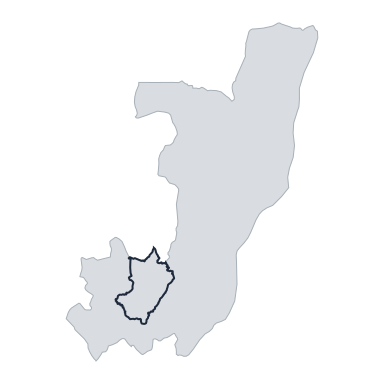 Lékoumou highlighted on a map of Republic of the Congo
{"feature_id": "COG-3344", "entity_name": "Lékoumou", "entity_type": "Region", "adm_level": 1, "iso_a3": "COG", "parent_name": "Republic of the Congo", "parent_adm1": "", "projection": "natural_earth1", "projection_center": [13.496, -3.075], "detail": "fine", "context": "in_parent", "style": "outline", "palette": "slate", "viewbox_px": 384, "rotation_deg": 0, "n_neighbors": 0, "source": "natural_earth", "source_scale": "10m", "svg_char_len": 9172}
<svg xmlns="http://www.w3.org/2000/svg" viewBox="0 0 384 384"><path d="M66.2,318.7L68.2,312.7L69.7,309.9L71.5,308.0L78.7,303.3L79.8,303.4L84.8,309.5L86.4,310.0L88.2,309.9L90.3,310.1L91.4,308.9L91.5,307.3L90.0,305.6L89.8,303.7L90.8,301.6L91.4,299.4L93.0,296.7L93.2,295.4L91.5,294.0L88.1,291.9L85.8,289.9L84.9,288.0L85.6,285.5L87.4,283.5L87.3,282.4L85.7,280.6L84.5,278.6L83.3,277.4L79.9,276.7L80.5,274.1L81.8,270.2L82.1,267.3L81.1,259.6L81.2,258.2L82.1,257.5L84.1,258.3L86.2,259.5L91.8,257.8L93.7,257.6L95.3,259.0L97.5,260.2L110.4,257.0L110.6,253.7L111.4,250.7L111.4,248.5L110.9,247.1L110.3,246.0L109.9,243.8L109.9,241.4L111.1,240.3L115.2,237.4L116.5,237.5L119.3,239.1L122.0,241.5L124.4,246.6L126.1,251.0L128.7,256.3L134.3,258.5L141.0,259.9L144.6,259.5L149.8,255.0L152.7,251.4L153.6,249.5L155.3,250.5L157.2,255.2L158.5,257.0L158.8,258.7L157.9,260.9L158.8,262.2L162.4,263.2L165.5,262.3L166.9,260.4L169.3,257.9L169.3,255.8L168.0,254.5L168.0,252.6L169.3,251.1L170.6,247.1L171.0,244.2L172.3,242.3L174.6,241.0L175.5,239.9L176.8,232.9L176.1,230.4L176.1,228.3L177.6,225.7L177.9,221.3L176.4,204.2L178.7,190.4L178.5,188.7L176.8,186.6L174.8,184.6L169.5,183.0L167.6,180.5L166.0,177.8L164.9,176.9L159.1,175.8L157.9,174.3L158.4,169.9L158.9,163.5L158.7,159.0L159.7,155.4L160.9,152.6L163.4,149.8L164.8,146.4L165.5,145.5L170.3,145.0L172.1,143.6L173.5,142.1L174.0,140.2L175.7,137.0L177.2,134.8L177.3,133.4L177.0,131.3L175.6,127.3L173.8,124.0L172.8,122.8L170.6,115.0L168.6,113.1L164.8,112.1L157.6,111.2L153.2,112.7L146.6,115.3L138.2,118.1L136.2,117.9L135.4,116.7L136.6,115.6L137.3,113.3L136.5,109.8L135.2,106.7L134.4,102.3L134.8,96.9L136.0,91.7L138.7,85.1L138.8,82.4L154.9,82.5L172.2,82.4L178.8,82.6L182.0,80.9L185.0,83.5L186.5,84.1L187.0,83.9L188.2,85.7L192.0,85.5L192.6,85.9L192.9,88.2L196.4,88.1L198.1,88.6L199.5,88.6L201.5,87.3L203.0,87.7L205.7,89.4L207.6,90.8L210.2,90.3L216.3,90.6L221.1,91.9L225.8,95.8L228.9,98.0L231.8,101.2L232.8,100.6L234.3,99.4L234.3,96.6L232.7,91.8L232.1,87.8L232.5,84.5L233.7,82.1L235.7,80.7L235.9,78.1L245.5,56.3L245.2,53.8L245.4,50.0L245.9,45.8L245.8,43.3L246.4,41.6L248.9,31.8L250.2,30.1L252.3,29.0L255.4,28.9L263.4,28.1L270.9,26.5L273.3,25.8L278.0,23.1L279.8,23.0L281.4,24.0L290.4,27.0L292.9,28.2L293.8,28.1L295.2,28.3L297.3,28.3L299.3,28.0L300.6,28.3L302.3,30.3L303.4,30.1L304.9,28.7L307.6,27.2L312.8,25.5L313.7,26.3L315.5,29.9L317.4,31.2L317.8,37.9L313.4,52.7L304.1,72.5L299.4,88.1L299.4,99.6L298.9,106.7L297.4,111.1L293.7,122.9L293.1,133.1L294.5,145.5L293.2,157.3L289.4,168.4L287.7,177.2L288.7,187.7L281.6,196.5L272.8,205.3L267.0,207.8L262.5,210.7L259.3,214.1L256.0,219.9L250.7,232.4L247.9,237.9L244.3,242.6L239.0,248.4L237.0,251.1L236.2,255.0L236.5,262.2L237.0,284.2L234.7,301.1L229.4,312.8L225.4,319.4L221.5,321.3L216.3,323.1L213.8,325.3L212.3,328.6L209.4,331.4L205.1,333.9L199.7,339.8L193.2,349.3L188.7,354.8L186.3,356.2L183.8,356.3L181.3,355.2L179.1,355.0L178.0,355.5L176.3,354.2L176.4,352.0L176.1,348.4L174.8,344.7L177.7,339.4L177.4,338.2L176.1,336.3L174.6,333.5L173.2,333.7L170.2,335.8L167.1,337.5L164.1,338.1L160.6,340.8L158.6,340.8L157.5,339.8L155.1,338.8L153.8,339.1L153.1,339.6L152.5,346.0L152.0,348.7L151.1,350.0L147.5,351.3L145.0,353.2L142.9,354.5L141.6,354.2L136.4,349.4L133.6,345.4L131.9,345.3L131.4,346.6L130.6,346.0L128.0,343.4L125.0,339.2L123.9,338.6L122.2,338.6L119.6,340.2L117.0,342.6L112.2,344.8L108.3,346.0L108.0,347.5L107.0,350.1L105.7,351.7L102.3,352.2L101.0,354.5L98.0,358.9L96.0,361.0L95.5,360.1L94.3,359.0L91.8,355.6L89.4,351.3L88.7,349.3L88.1,348.2L87.9,343.9L84.3,338.8L75.0,329.7L74.1,327.0L66.2,318.7Z" fill="#d9dde1" stroke="#a8b0b8" stroke-width="1"/><path d="M153.9,247.9L154.0,248.0L154.4,248.3L154.9,248.8L155.3,249.5L155.6,250.3L155.9,251.9L156.6,253.7L157.0,254.5L157.7,255.2L157.9,255.6L158.0,256.6L158.3,256.9L158.6,257.1L159.0,257.4L159.4,258.1L159.3,258.4L158.9,258.7L158.4,259.8L157.7,260.3L157.4,260.6L157.4,262.1L157.4,262.3L157.9,262.8L158.7,263.1L159.5,263.2L160.2,263.0L160.8,262.6L161.1,262.4L161.5,262.4L161.8,262.7L161.9,263.4L162.1,263.6L162.3,263.6L163.9,263.1L164.1,263.0L164.4,263.1L165.0,263.4L165.3,263.6L165.6,263.5L165.8,263.2L165.9,262.7L166.3,263.3L166.6,264.4L167.6,265.4L167.7,265.7L167.7,265.9L167.6,266.1L167.4,266.3L166.9,266.4L166.7,266.6L166.8,266.9L167.0,267.1L167.5,267.5L167.9,267.7L168.1,267.5L168.3,267.4L168.5,267.3L168.9,267.6L168.9,267.9L168.8,268.2L168.6,268.4L168.1,268.8L167.7,269.2L167.2,269.6L167.1,269.9L167.2,270.1L167.3,270.4L167.5,270.6L167.8,270.7L168.3,270.7L168.6,270.7L168.9,270.9L169.2,271.1L169.5,271.2L169.8,271.2L170.4,270.8L170.6,270.7L170.9,270.8L171.2,271.0L171.5,271.1L171.8,271.1L172.1,271.1L172.6,271.2L172.7,271.4L172.7,271.7L172.6,272.0L172.2,273.0L172.1,273.3L172.0,273.7L172.2,273.9L172.3,273.8L172.6,273.4L172.8,273.4L172.8,273.6L172.9,274.2L174.0,277.7L174.1,278.2L174.0,278.6L173.8,278.8L173.6,279.0L173.1,279.3L172.9,279.5L172.7,279.7L172.6,280.0L172.6,280.4L172.5,280.6L172.4,280.8L171.9,281.3L171.7,281.5L171.5,281.8L171.3,282.3L168.9,284.0L168.2,284.6L168.1,284.8L168.0,285.1L167.5,287.4L167.0,288.7L166.9,289.1L166.8,289.7L166.8,290.0L166.7,290.2L166.4,290.5L166.0,291.5L165.8,291.7L165.7,291.9L165.5,292.1L165.4,292.2L165.4,292.3L165.5,292.5L165.4,292.8L164.9,293.1L164.6,293.3L164.4,293.5L164.1,294.3L164.0,294.5L163.5,294.8L163.3,295.0L163.2,295.3L163.0,295.8L162.8,296.0L161.6,297.6L161.3,297.8L160.7,298.2L160.0,299.0L159.9,299.2L159.9,299.3L159.9,299.5L159.9,299.9L159.6,300.4L159.4,300.9L159.1,301.7L158.8,302.0L158.5,302.4L158.4,302.5L158.4,303.1L158.4,303.4L158.3,303.6L157.9,304.0L156.6,305.9L156.0,306.4L155.8,306.5L155.5,306.6L155.3,306.8L155.2,307.0L155.0,307.3L155.0,307.6L155.1,308.0L155.1,308.3L154.9,308.8L154.8,309.0L154.7,309.1L154.3,309.3L154.0,309.5L153.5,309.9L153.3,310.1L153.1,310.4L153.1,310.7L153.1,311.2L153.1,311.5L152.9,311.6L152.6,311.6L152.3,311.7L152.1,311.6L151.6,311.5L151.3,311.4L151.1,311.5L150.8,311.6L150.7,311.7L150.7,312.1L150.6,312.3L150.0,312.7L149.8,312.8L149.6,312.8L149.4,312.8L149.3,312.7L149.0,312.6L148.8,312.6L148.3,312.7L148.2,312.8L148.1,313.0L148.1,313.7L148.2,313.9L148.3,314.0L148.5,314.0L148.8,314.0L148.7,314.6L148.7,314.8L148.9,314.9L149.1,315.0L149.1,315.4L148.8,315.9L148.5,316.2L148.2,316.6L148.1,316.9L148.1,317.1L148.1,317.5L148.0,317.8L147.8,318.3L146.9,319.3L146.6,319.7L146.5,320.1L146.5,320.4L146.5,321.0L146.5,321.3L146.2,322.7L146.0,323.0L145.9,323.3L145.7,323.4L145.3,323.6L144.8,323.8L144.2,323.9L143.9,323.9L142.8,323.7L142.3,323.6L142.0,323.6L141.8,323.4L141.6,323.2L141.4,322.9L140.9,321.1L140.8,320.8L140.9,320.5L141.0,320.2L141.0,319.9L140.9,319.6L140.8,319.3L140.6,319.1L140.4,319.0L140.2,319.2L139.3,319.0L138.5,319.2L138.2,319.2L137.9,319.0L137.2,318.5L136.8,318.4L136.3,318.5L134.8,319.1L134.4,319.2L133.6,318.9L133.3,318.8L133.1,318.8L131.3,319.0L130.7,319.1L130.3,319.1L130.0,319.1L129.8,318.9L129.6,318.7L129.5,318.4L129.3,318.2L129.2,318.1L128.9,318.0L128.7,317.8L128.6,317.6L128.5,317.3L128.2,317.1L127.4,316.8L127.1,316.6L126.7,316.3L125.6,315.4L125.3,314.6L125.3,313.1L124.9,312.9L124.8,312.7L124.9,312.4L125.1,312.2L125.3,311.5L124.9,311.3L124.6,311.0L124.1,309.2L123.9,308.9L123.7,308.6L123.6,308.4L123.5,307.9L123.5,307.7L123.3,307.7L122.9,307.6L122.7,307.5L122.7,306.9L122.7,306.4L122.6,306.1L122.1,305.9L122.5,305.6L122.1,304.9L121.6,304.7L120.2,304.8L119.5,304.4L119.7,303.4L118.9,303.2L118.6,303.3L118.0,303.7L117.6,303.8L117.5,303.6L117.4,302.3L117.3,302.1L117.0,302.1L116.7,302.1L116.5,301.8L116.5,301.3L116.4,301.0L116.2,300.9L115.8,300.8L115.8,300.6L116.0,300.1L115.6,299.6L115.7,299.2L115.8,299.1L116.1,298.9L116.9,298.9L117.0,298.8L117.2,298.7L117.3,298.6L117.6,297.9L117.9,296.2L118.0,295.9L118.2,295.7L118.3,295.6L118.8,295.3L119.3,294.9L119.5,294.8L119.7,294.7L119.9,294.7L120.4,294.7L121.4,294.8L121.6,294.8L121.8,294.8L122.0,294.7L122.5,294.4L123.0,294.3L123.4,294.3L123.6,294.4L124.0,294.7L124.1,294.8L124.4,294.7L124.7,294.6L125.1,294.2L125.4,294.1L125.6,294.1L125.8,294.4L126.0,294.5L126.3,294.3L126.4,294.1L126.4,293.0L126.4,292.8L126.5,292.7L127.2,292.9L127.4,292.9L127.7,292.8L128.5,292.5L128.7,292.4L128.9,292.4L129.5,292.1L129.8,291.6L130.1,291.3L131.0,290.8L132.2,289.4L132.5,288.9L132.6,288.5L132.5,286.2L132.9,284.4L133.3,283.1L133.3,282.9L133.3,282.6L133.2,282.3L133.0,282.0L132.8,281.7L131.3,280.2L131.0,280.1L130.5,280.1L129.8,279.9L129.6,279.7L129.4,279.2L129.3,278.6L129.0,278.1L128.9,277.9L128.9,277.6L129.0,277.4L129.7,277.1L129.9,276.9L130.4,276.4L130.6,276.3L131.1,276.2L131.4,276.1L131.5,275.8L131.5,275.6L130.8,273.7L130.6,273.1L130.2,267.6L130.4,260.9L130.7,259.2L130.7,258.8L130.6,258.5L130.4,258.4L130.1,258.4L129.9,258.5L129.6,258.7L129.4,258.7L129.2,258.7L129.0,258.4L128.8,258.1L129.4,257.4L129.8,257.3L130.6,257.5L132.8,258.6L133.5,258.8L133.9,258.7L134.5,258.3L134.9,258.2L135.2,258.3L141.1,260.8L141.7,260.9L142.3,260.7L143.1,260.9L143.7,260.7L143.9,260.8L144.2,261.2L144.4,261.3L144.7,261.1L144.9,260.7L145.0,260.4L145.2,260.0L145.5,259.6L146.6,258.8L146.9,258.4L147.4,257.7L147.7,257.4L148.1,257.2L148.9,256.9L149.2,256.6L149.4,256.2L149.5,255.4L149.7,255.0L152.3,252.2L152.5,251.7L152.7,251.3L152.7,250.5L152.8,250.1L153.2,249.3L153.9,248.1L153.9,247.9Z" fill="none" stroke="#1e293b" stroke-width="2"/></svg>